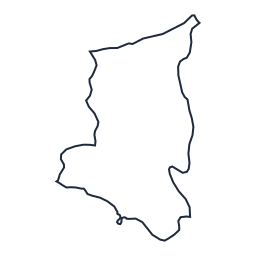 outline of Sanmatenga
{"feature_id": "BFA-2825", "entity_name": "Sanmatenga", "entity_type": "Province", "adm_level": 1, "iso_a3": "BFA", "parent_name": "Burkina Faso", "parent_adm1": "", "projection": "orthographic", "projection_center": [-1.043, 13.248], "detail": "fine", "context": "isolated", "style": "outline", "palette": "slate", "viewbox_px": 256, "rotation_deg": 0, "n_neighbors": 0, "source": "natural_earth", "source_scale": "10m", "svg_char_len": 1502}
<svg xmlns="http://www.w3.org/2000/svg" viewBox="0 0 256 256"><path d="M190.1,216.9L186.4,216.5L180.6,217.2L178.3,221.0L179.2,226.3L179.2,230.0L174.3,234.6L168.3,238.6L164.7,240.6L160.2,239.6L152.4,234.8L142.3,222.1L135.7,218.6L129.2,218.9L126.5,218.7L126.2,218.0L124.8,217.3L123.3,217.5L122.1,218.1L121.6,219.0L121.5,220.8L121.2,222.8L120.3,224.1L118.4,223.8L117.0,222.1L117.9,220.4L119.6,218.8L120.5,217.4L120.0,215.4L118.9,214.5L117.8,214.2L117.3,213.7L117.5,212.1L114.3,206.5L107.3,201.2L99.9,197.6L92.2,195.7L87.5,194.0L85.6,191.0L83.9,188.7L81.2,188.6L76.0,187.5L70.6,187.2L66.6,187.5L63.0,185.5L59.0,182.8L56.5,181.4L58.0,180.4L59.8,174.4L64.1,167.4L63.9,164.4L60.9,159.2L61.2,154.4L66.3,149.4L75.0,146.3L83.4,144.7L89.7,144.8L95.0,145.5L95.5,141.4L94.4,134.7L95.1,130.9L97.6,126.2L98.4,121.9L94.5,113.4L88.9,106.8L86.1,100.6L90.0,95.7L91.7,89.7L89.6,82.7L89.5,79.0L91.7,76.5L94.0,72.0L96.6,65.3L95.2,60.1L89.9,51.5L96.2,51.0L102.8,49.2L109.6,48.1L117.3,48.0L128.8,43.4L132.5,44.0L143.2,38.5L162.7,34.0L184.1,23.1L192.0,15.5L194.4,15.4L195.0,16.7L196.4,19.5L198.4,21.9L199.5,22.9L192.2,28.7L190.6,33.9L191.4,42.3L189.8,52.5L186.8,57.7L183.5,59.0L180.0,61.6L178.1,66.7L178.4,75.5L182.2,92.4L184.7,97.0L187.5,99.5L189.4,110.3L191.8,118.3L193.4,126.9L192.5,135.2L189.4,144.1L188.4,153.7L189.5,163.0L188.7,168.8L186.9,171.8L182.7,172.8L172.3,166.5L169.9,167.4L169.0,169.4L169.8,173.9L173.2,182.3L178.8,191.3L185.7,199.1L189.6,207.2L190.1,216.9Z" fill="none" stroke="#1e293b" stroke-width="2"/></svg>